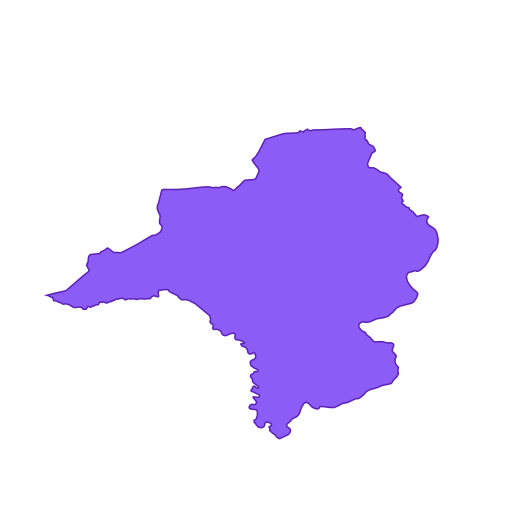 Son Hoa, Phú Yên, Vietnam, rotated 293°
{"feature_id": "81297802B61701358015931", "entity_name": "Son Hoa", "entity_type": "district", "adm_level": 2, "iso_a3": "VNM", "parent_name": "Vietnam", "parent_adm1": "Phú Yên", "projection": "robinson", "projection_center": [108.871, 13.205], "detail": "fine", "context": "isolated", "style": "filled", "palette": "violet", "viewbox_px": 512, "rotation_deg": 293, "n_neighbors": 0, "source": "geoboundaries", "source_scale": "gbopen_adm2", "svg_char_len": 6145}
<svg xmlns="http://www.w3.org/2000/svg" viewBox="0 0 512 512"><g transform="rotate(293 256 256)"><path d="M138.1,78.8L138.3,80.3L138.1,83.6L138.5,85.0L137.7,85.4L136.8,86.6L136.1,86.9L135.8,87.4L136.3,88.7L136.5,89.7L136.4,92.8L136.6,94.2L136.3,96.6L136.5,97.8L137.1,98.6L137.9,100.4L138.0,101.6L138.1,103.6L137.6,106.3L137.5,109.0L139.9,113.1L140.5,115.1L140.3,116.0L139.5,117.6L140.4,120.3L144.1,121.1L144.1,123.9L145.8,124.8L146.8,126.6L147.7,126.9L148.6,128.0L149.6,129.9L152.0,129.9L153.0,131.8L154.1,133.3L154.2,136.7L157.3,140.0L157.8,141.2L159.0,141.2L159.5,142.5L161.3,143.9L162.8,146.4L164.0,147.8L165.0,150.0L165.0,151.3L164.5,152.8L167.1,155.7L167.3,157.2L168.9,160.3L169.4,163.4L171.0,165.1L172.9,170.3L175.5,175.4L177.6,175.8L179.6,177.6L179.8,180.4L180.3,182.0L181.0,182.1L184.0,180.3L185.8,180.1L186.8,180.3L187.4,181.9L189.3,184.8L190.5,187.9L190.7,188.3L189.4,190.1L188.9,197.8L189.2,198.8L187.9,200.4L186.6,204.4L186.9,205.4L188.3,208.1L188.9,211.6L188.4,218.6L182.9,237.0L181.7,237.6L180.1,239.0L177.4,239.3L176.3,241.1L176.2,241.9L176.3,242.8L175.7,243.6L175.1,244.0L173.2,244.2L172.3,244.7L171.9,245.3L172.0,246.1L173.2,248.3L173.5,251.5L172.5,253.7L170.8,255.3L170.3,256.9L170.7,258.9L171.4,260.1L173.4,261.7L175.7,264.4L176.3,266.4L175.4,267.8L172.4,268.4L171.3,269.8L171.2,270.7L172.0,273.1L172.2,276.4L172.1,277.9L171.7,279.0L171.3,279.3L170.7,279.1L169.5,276.5L168.6,276.7L167.6,278.3L167.9,281.4L167.6,282.8L166.4,284.7L164.6,285.8L163.4,287.1L163.3,287.9L163.5,289.1L164.3,290.2L166.1,291.6L166.3,292.2L166.1,292.8L163.8,294.8L162.2,295.4L159.5,294.3L158.5,292.8L156.6,292.0L156.0,292.1L155.2,292.8L154.0,293.3L152.8,294.9L152.6,296.6L152.1,298.3L152.0,301.8L151.7,302.5L151.2,302.8L150.3,302.5L149.2,300.2L148.6,299.6L146.8,299.3L144.6,297.7L143.1,297.9L141.7,299.8L141.0,301.2L139.4,301.7L138.4,303.0L137.0,308.3L136.6,309.5L136.1,309.8L135.5,309.7L134.7,308.2L135.5,305.6L135.2,304.6L134.5,304.3L132.1,304.3L130.1,303.9L129.6,304.7L129.8,307.6L129.4,312.8L129.2,313.4L128.7,313.9L127.5,313.9L126.6,313.1L125.8,309.8L125.1,308.4L124.6,308.7L122.2,313.1L121.5,313.8L120.0,313.6L118.8,312.9L118.3,312.0L117.8,310.1L116.7,309.0L115.2,308.6L113.6,309.0L112.9,310.5L113.5,312.0L114.5,316.0L114.2,317.3L112.0,318.7L109.7,319.5L107.5,319.8L105.5,319.8L104.2,318.5L103.7,318.5L102.0,319.5L101.8,320.8L101.1,321.6L100.0,323.6L99.5,324.8L99.5,325.7L100.0,328.2L100.6,328.9L102.3,330.0L104.0,330.0L105.4,329.5L106.4,329.8L107.1,330.5L107.6,331.8L107.8,334.0L107.4,335.8L107.1,336.1L105.6,336.2L104.2,335.0L103.7,334.8L101.8,336.8L100.8,336.6L99.8,339.3L98.7,343.7L97.4,345.8L96.9,348.7L98.1,350.1L102.4,353.9L104.2,355.4L105.7,356.1L107.6,356.2L109.2,355.8L110.3,354.5L110.9,351.8L111.3,350.9L112.2,350.4L113.5,350.3L118.1,352.4L120.3,353.0L123.8,356.1L126.0,357.1L128.9,357.6L129.9,357.3L134.2,357.0L138.3,357.6L139.9,358.1L140.4,358.6L140.7,359.5L141.0,360.3L141.0,361.7L139.0,366.4L138.7,367.7L138.8,371.3L139.7,373.0L140.3,373.4L142.1,373.6L142.8,374.6L143.7,377.0L145.2,382.5L147.0,387.1L149.8,389.8L153.9,393.0L156.9,397.5L163.7,403.6L164.1,404.9L165.0,406.2L167.0,407.6L170.5,409.4L174.2,410.5L177.1,412.7L182.3,419.1L186.4,423.0L190.8,429.5L191.9,430.3L193.2,430.8L194.6,430.8L196.9,431.5L199.2,432.7L203.1,433.2L204.9,432.0L206.8,431.1L209.2,430.6L210.4,427.9L211.4,426.5L212.6,425.5L215.2,424.4L218.1,424.3L219.0,423.9L220.1,422.1L221.3,419.2L222.0,418.5L223.5,418.0L227.4,417.8L228.3,417.3L228.9,416.3L228.9,414.4L227.1,410.1L226.7,406.7L226.2,405.0L223.5,399.2L223.3,398.2L224.0,395.9L225.7,392.6L226.6,388.9L228.4,386.5L228.5,383.0L228.8,381.9L230.5,378.8L232.2,377.6L234.2,377.7L235.7,378.5L236.8,379.4L238.3,384.1L239.7,386.2L245.3,391.6L249.1,397.6L252.2,401.2L255.7,402.8L257.5,403.9L263.0,405.7L266.4,408.5L273.0,417.3L275.0,418.9L278.8,419.9L281.3,420.1L283.4,420.0L285.0,419.3L285.6,418.0L287.1,413.4L288.2,410.8L289.7,408.2L292.1,405.0L295.8,402.5L298.0,402.3L299.2,402.4L300.5,403.0L303.2,406.6L304.8,408.2L304.8,410.1L305.4,411.2L306.2,411.9L308.4,413.4L312.5,415.3L315.1,416.0L317.8,416.4L325.1,416.7L328.5,417.2L331.4,418.7L334.7,419.2L335.1,418.9L338.2,418.6L342.5,417.2L347.2,414.0L349.8,411.4L350.5,410.0L350.9,409.0L352.1,402.7L353.3,400.5L355.5,399.3L357.5,399.2L359.3,399.6L359.9,397.6L359.6,394.9L359.0,393.5L355.5,389.0L355.5,388.0L357.9,383.5L358.8,378.9L360.1,378.2L359.9,374.9L361.5,369.9L362.6,369.2L364.3,369.9L364.9,369.3L365.7,367.6L366.9,367.2L369.5,367.1L370.0,366.7L370.5,365.6L370.7,363.5L371.3,362.1L372.4,361.3L373.7,361.4L375.2,362.4L375.8,362.6L376.0,362.4L380.6,349.2L382.6,344.6L382.6,341.9L382.0,338.0L382.1,336.2L382.8,334.1L383.2,330.6L383.0,329.5L381.7,326.3L381.7,325.2L382.3,324.2L383.3,323.4L384.4,322.7L385.5,322.5L395.7,322.5L396.4,322.7L398.9,324.6L400.1,324.4L402.7,321.1L403.0,316.5L403.4,315.6L404.5,314.6L404.9,313.4L405.8,313.0L405.9,310.9L406.8,310.2L408.5,310.0L410.4,308.8L412.0,308.6L412.4,308.2L413.5,305.7L414.1,303.6L415.1,302.4L414.9,301.6L414.0,300.4L410.6,297.1L410.3,295.9L410.2,293.6L407.4,287.3L403.6,279.1L397.6,266.8L394.5,259.6L393.2,258.2L392.2,255.6L392.3,255.1L392.9,253.9L390.0,251.6L388.6,251.3L388.4,247.6L388.0,247.3L386.2,246.9L385.8,246.6L380.5,235.5L379.0,233.0L366.9,218.8L353.0,217.8L347.6,216.9L343.7,215.2L342.7,215.1L341.2,217.1L336.9,224.8L334.7,225.7L328.2,225.6L327.0,225.4L326.1,224.7L325.3,223.7L321.7,216.6L320.2,215.4L314.7,213.4L311.8,211.8L307.5,210.1L308.0,206.1L308.1,202.6L307.9,200.7L307.4,199.3L306.6,197.6L304.2,195.0L303.7,192.5L301.9,189.6L301.6,186.7L300.2,183.2L298.5,179.7L290.0,164.6L286.0,156.5L281.2,145.0L280.1,143.6L279.2,143.6L267.1,145.5L263.9,145.6L262.5,146.0L260.3,147.1L257.5,149.8L256.7,151.1L255.0,152.3L250.2,153.6L248.4,154.5L246.8,157.5L246.1,158.0L245.0,158.6L242.6,158.7L241.3,158.7L240.1,158.2L236.1,155.5L234.2,152.2L219.0,141.1L206.1,130.4L204.9,126.4L203.8,124.3L203.9,122.6L205.4,116.8L205.3,116.3L205.0,115.8L202.3,114.4L199.2,111.6L197.1,111.0L192.7,103.1L191.5,102.4L190.3,102.2L188.6,102.5L184.6,103.8L182.5,103.5L181.4,103.7L180.4,104.6L177.6,108.0L176.2,107.9L169.5,104.3L150.3,94.9L149.1,93.7L143.9,86.4L138.1,78.8Z" fill="#8b5cf6" stroke="#5b21b6" stroke-width="1.5"/></g></svg>